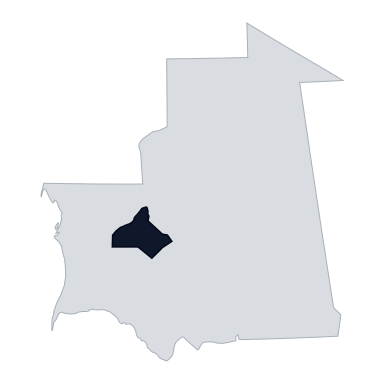 Aoujeft, Adrar, Mauritania (highlighted)
{"feature_id": "47542326B38912627875653", "entity_name": "Aoujeft", "entity_type": "district", "adm_level": 2, "iso_a3": "MRT", "parent_name": "Mauritania", "parent_adm1": "Adrar", "projection": "albers", "projection_center": [-13.419, 19.526], "detail": "fine", "context": "in_parent", "style": "filled", "palette": "ink", "viewbox_px": 384, "rotation_deg": 0, "n_neighbors": 0, "source": "geoboundaries", "source_scale": "gbopen_adm2", "svg_char_len": 4113}
<svg xmlns="http://www.w3.org/2000/svg" viewBox="0 0 384 384"><path d="M162.3,359.3L161.7,359.1L158.9,357.2L157.6,354.9L155.4,353.2L152.4,352.0L150.4,350.7L149.5,349.2L148.3,348.2L147.2,347.7L147.1,347.2L147.3,346.5L147.0,345.1L145.3,342.1L143.6,340.7L142.2,340.9L141.4,340.6L140.9,339.9L140.7,338.9L139.8,338.1L138.1,337.7L136.8,335.5L135.7,331.4L134.4,328.1L132.8,325.8L131.7,325.0L130.8,324.8L130.5,324.5L130.3,323.8L129.1,323.6L127.3,324.3L125.7,324.0L124.9,322.9L123.8,322.8L122.5,323.7L121.0,323.4L119.3,322.0L118.4,320.5L118.2,319.1L115.4,316.2L109.8,311.8L103.8,309.7L97.3,309.9L93.6,309.7L92.9,309.0L92.0,309.1L91.2,309.9L90.4,310.0L89.5,309.6L88.9,309.9L88.7,311.0L86.3,311.5L82.0,311.5L78.4,312.2L75.7,313.5L71.9,314.0L67.0,313.7L64.0,313.2L63.0,312.4L61.6,312.2L59.8,312.6L58.1,314.7L56.6,318.5L55.4,320.7L54.4,321.3L53.4,324.1L52.7,328.9L51.8,331.0L52.0,319.0L53.5,314.5L54.0,310.6L57.2,301.9L60.9,294.8L64.3,285.4L65.7,276.2L65.4,267.2L64.6,259.2L63.0,253.8L61.5,246.1L59.2,242.1L55.0,238.4L54.1,236.4L55.1,235.6L57.7,235.1L59.4,232.4L55.9,233.4L60.1,225.0L61.5,219.3L61.3,215.5L62.1,213.2L59.1,208.1L56.8,201.7L55.6,200.7L54.3,200.1L54.2,201.6L53.4,202.9L52.0,202.1L49.4,197.4L45.8,189.8L44.5,189.0L43.4,190.0L42.7,191.0L41.3,197.3L41.0,194.8L41.6,191.8L42.6,188.3L43.7,183.3L46.9,183.3L52.7,183.4L64.2,183.6L69.9,183.7L81.4,183.8L87.2,183.9L98.7,184.0L104.4,184.0L115.9,184.0L121.6,184.1L133.1,184.1L138.9,184.0L142.7,184.0L142.4,180.5L142.3,177.6L142.0,173.8L141.8,170.0L141.5,166.2L141.3,162.7L141.1,159.1L140.9,155.8L140.7,152.8L140.3,151.1L139.1,147.6L138.9,145.9L139.2,144.1L140.0,142.4L142.2,139.3L145.5,136.9L149.4,134.1L152.4,132.0L153.9,131.4L158.5,130.7L162.1,129.1L165.6,127.5L167.1,126.6L167.2,123.7L166.7,58.9L184.0,58.7L188.5,58.7L220.2,58.1L224.8,58.0L247.8,57.5L247.7,54.4L247.6,50.0L247.5,44.0L247.3,38.0L247.0,27.5L246.8,23.0L251.5,25.9L260.7,31.5L265.4,34.3L274.7,39.9L284.0,45.5L293.3,51.0L298.0,53.8L302.7,56.6L307.4,59.3L312.1,62.1L321.5,67.6L325.5,69.9L331.6,73.6L337.3,77.0L343.0,80.5L334.4,80.9L323.0,81.5L315.2,81.8L307.2,82.2L299.7,82.5L300.6,88.6L301.5,95.2L302.5,101.8L303.5,108.4L304.4,115.1L307.4,135.0L308.4,141.6L309.3,148.3L310.3,154.9L311.3,161.6L313.3,174.9L314.3,181.5L315.3,188.2L316.3,194.8L317.3,201.5L318.3,208.1L320.3,221.4L321.3,228.1L322.3,234.7L323.3,241.4L324.4,248.0L325.4,254.7L326.4,261.3L327.4,267.9L329.5,281.2L330.5,287.9L331.5,294.5L332.6,301.2L333.6,307.6L336.8,310.9L340.9,314.9L340.0,321.0L339.0,328.3L337.9,336.2L327.1,336.7L316.5,337.2L290.1,338.2L284.8,338.4L258.3,339.2L253.0,339.3L242.8,339.6L239.7,339.5L238.6,338.9L238.1,334.8L237.2,335.1L236.2,336.3L235.7,337.7L235.9,339.3L235.8,340.8L232.4,341.4L227.8,342.5L223.0,343.3L218.1,343.2L216.4,342.9L214.6,342.4L210.7,341.8L208.6,341.8L206.2,342.0L203.3,342.4L202.4,343.1L200.3,346.2L198.3,349.7L196.9,349.7L195.3,347.8L191.1,344.3L185.9,339.5L183.6,337.2L182.3,336.9L179.9,338.6L177.9,340.3L175.7,342.6L174.7,344.9L174.0,347.5L173.6,350.6L172.9,354.2L171.1,357.1L169.0,359.3L167.5,360.4L166.9,361.0L162.3,359.3ZM57.8,227.2L56.1,229.7L55.4,228.7L55.2,227.0L56.7,224.6L57.4,223.3L58.6,222.9L57.8,227.2Z" fill="#d9dde1" stroke="#a8b0b8" stroke-width="1"/><path d="M112.3,246.9L129.2,246.9L134.9,246.9L138.1,247.0L151.8,258.2L160.1,250.0L160.6,249.5L161.7,248.2L162.4,247.6L166.5,244.9L171.9,241.3L167.4,235.0L162.3,234.1L153.5,225.9L153.2,225.7L148.6,221.4L148.1,220.6L148.2,219.6L148.5,218.3L148.9,216.7L148.7,215.6L147.7,214.1L148.0,212.0L147.6,209.8L147.4,208.8L147.0,207.6L146.1,207.0L142.5,208.2L141.5,208.9L140.7,210.3L139.6,211.6L138.3,213.2L135.6,216.2L135.4,216.5L134.4,217.7L133.6,220.6L132.7,221.4L131.7,222.5L129.4,223.9L126.7,224.8L126.3,224.9L124.0,226.0L123.6,226.3L123.5,226.5L123.2,226.4L122.4,226.7L121.0,227.4L120.7,227.5L120.5,227.4L120.3,227.9L120.1,228.1L120.0,227.9L119.9,228.0L119.7,228.0L119.3,228.4L119.2,228.5L118.5,228.8L118.2,229.4L117.9,229.7L117.4,229.9L117.0,230.1L116.9,230.4L116.2,230.8L115.6,231.6L114.6,232.7L114.4,232.9L113.9,233.7L113.8,234.1L113.6,234.0L113.3,234.3L112.6,235.1L112.3,246.9Z" fill="#0f172a" stroke="#020617" stroke-width="1.5"/></svg>